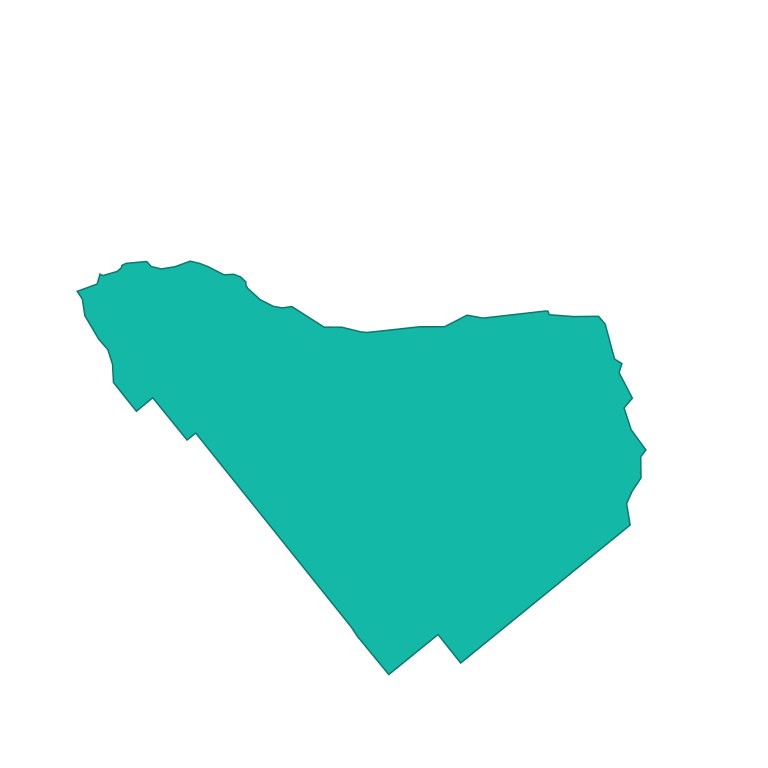 Taylor, Florida, United States of America (Equal Earth projection), rotated 141°
{"feature_id": "52423323B58777265344291", "entity_name": "Taylor", "entity_type": "district", "adm_level": 2, "iso_a3": "USA", "parent_name": "United States of America", "parent_adm1": "Florida", "projection": "equal_earth", "projection_center": [-83.624, 29.985], "detail": "fine", "context": "isolated", "style": "filled", "palette": "teal", "viewbox_px": 768, "rotation_deg": 141, "n_neighbors": 0, "source": "geoboundaries", "source_scale": "gbopen_adm2", "svg_char_len": 999}
<svg xmlns="http://www.w3.org/2000/svg" viewBox="0 0 768 768"><g transform="rotate(141 384 384)"><path d="M281.5,119.5L270.7,138.4L258.6,144.5L243.3,149.3L230.3,165.9L222.0,167.9L220.7,192.9L212.5,214.3L199.9,216.7L194.2,244.8L186.3,250.1L189.1,258.3L174.4,291.4L174.7,301.6L194.6,317.4L210.9,332.8L211.9,334.6L210.7,337.1L212.1,338.8L265.6,372.9L276.1,385.2L300.9,390.4L320.5,406.2L364.6,434.6L369.1,438.9L381.1,454.7L394.8,465.9L406.9,502.2L415.2,507.2L421.3,514.2L427.2,527.6L429.7,544.0L429.0,548.0L427.1,550.2L428.0,557.3L431.6,563.7L439.6,569.5L446.5,585.1L451.4,593.8L457.3,601.4L472.9,606.8L484.7,613.6L491.0,621.8L491.3,628.5L508.6,640.1L513.1,641.1L515.3,639.5L520.6,639.4L534.0,645.1L535.2,646.8L535.5,648.1L544.1,642.2L564.1,649.1L565.0,639.9L573.5,625.3L577.5,598.3L577.0,584.4L582.6,570.1L593.3,555.4L593.6,518.6L572.4,518.9L572.3,464.4L561.2,464.3L562.4,215.9L563.5,204.4L563.1,155.2L499.7,155.3L500.0,118.9L281.5,119.5Z" fill="#14b8a6" stroke="#0f766e" stroke-width="1.5"/></g></svg>